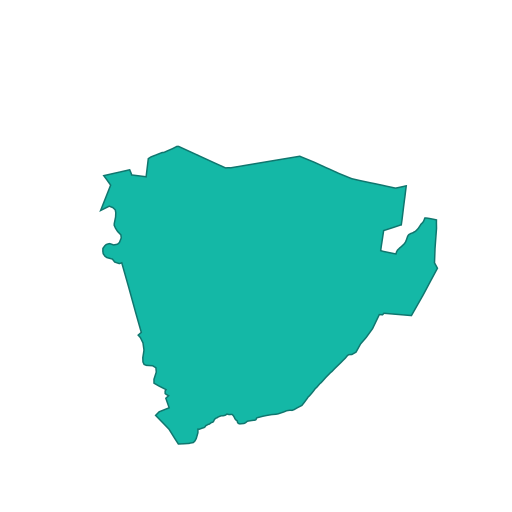 Frumuseni, Arad, Romania, rotated 237°
{"feature_id": "2599482B78271003832809", "entity_name": "Frumuseni", "entity_type": "district", "adm_level": 2, "iso_a3": "ROU", "parent_name": "Romania", "parent_adm1": "Arad", "projection": "mercator", "projection_center": [21.441, 46.085], "detail": "fine", "context": "isolated", "style": "filled", "palette": "teal", "viewbox_px": 512, "rotation_deg": 237, "n_neighbors": 0, "source": "geoboundaries", "source_scale": "gbopen_adm2", "svg_char_len": 3726}
<svg xmlns="http://www.w3.org/2000/svg" viewBox="0 0 512 512"><g transform="rotate(237 256 256)"><path d="M315.1,347.5L315.8,347.1L317.4,343.4L323.2,330.1L328.0,319.1L343.7,282.9L345.2,280.7L346.5,278.4L357.1,271.6L390.0,250.8L391.0,249.3L391.5,244.4L392.4,239.1L393.0,235.2L393.9,233.6L396.3,221.9L396.3,218.7L382.3,207.0L390.4,197.4L391.6,195.9L393.2,196.3L397.1,197.0L406.3,172.1L404.6,172.2L401.7,172.4L398.7,172.5L394.6,172.7L388.2,163.7L378.8,150.5L377.7,160.1L376.1,161.2L374.6,162.3L371.4,163.1L368.7,162.0L365.2,159.5L360.4,154.8L359.0,153.8L355.8,153.3L351.9,153.3L347.3,154.2L344.5,152.8L341.7,148.8L341.3,146.3L342.8,142.6L344.4,141.4L346.1,140.0L346.7,138.5L347.2,136.6L346.9,134.8L345.8,131.8L343.3,130.1L341.1,129.1L338.1,129.2L336.0,130.0L331.6,133.9L327.9,134.2L324.1,137.2L323.4,139.7L299.1,132.2L273.9,124.2L254.4,118.2L253.8,114.1L250.6,114.6L244.7,113.9L238.1,110.8L235.6,108.6L232.4,105.7L228.7,103.5L226.0,103.1L224.0,104.5L220.3,109.5L216.8,111.2L212.9,109.1L208.2,103.3L204.9,101.2L200.0,103.7L192.9,107.8L192.3,106.3L190.1,104.9L188.9,105.3L186.4,106.6L185.8,102.9L176.0,100.5L178.1,89.9L177.0,85.0L166.4,87.1L158.1,88.7L147.4,88.5L140.6,88.5L137.5,93.8L135.2,97.9L135.0,98.8L134.2,100.6L133.7,101.8L134.1,103.9L135.4,106.4L139.4,111.0L142.4,113.0L141.6,114.1L140.8,117.7L140.4,118.8L140.5,120.4L141.1,121.6L140.9,122.6L140.9,124.0L140.5,124.9L140.5,126.2L140.6,128.0L140.2,129.1L140.3,130.1L141.2,131.5L141.7,132.7L141.8,134.3L141.5,135.4L141.6,136.7L141.2,138.6L141.0,139.7L140.5,140.4L140.2,141.0L139.7,141.9L139.2,143.6L139.2,144.8L139.3,145.6L138.1,146.6L137.3,147.6L136.8,148.7L136.2,149.6L134.8,150.0L133.2,150.0L130.6,149.7L128.9,150.0L128.1,150.5L126.5,149.9L125.2,150.0L124.1,150.9L123.4,152.2L122.1,154.7L121.9,156.0L121.9,156.9L122.1,158.1L122.0,159.1L121.6,160.1L120.6,162.3L119.7,164.2L118.9,165.7L118.8,166.9L119.7,168.2L119.7,169.0L117.9,174.4L116.5,178.0L114.5,182.7L112.5,186.4L111.6,188.5L110.1,194.3L109.7,196.4L109.6,197.3L108.2,200.4L106.9,202.2L106.4,204.5L106.2,208.3L105.7,213.1L106.8,216.4L108.6,221.2L109.4,223.1L109.6,224.6L110.5,227.7L111.5,230.8L112.6,233.7L112.7,235.1L114.2,240.2L114.3,241.6L116.2,248.6L117.6,254.9L117.8,256.8L118.7,260.5L120.4,269.2L121.1,272.3L121.7,275.3L122.6,278.1L122.8,279.9L122.1,281.2L121.2,282.7L120.9,287.5L125.3,295.8L127.7,304.1L131.6,314.2L139.7,327.5L137.8,330.1L138.3,332.1L121.4,353.9L132.1,374.6L134.4,378.8L139.5,388.0L146.9,401.5L153.2,402.0L153.5,402.3L164.9,410.3L180.8,422.4L185.6,425.4L187.7,426.8L188.0,427.0L189.9,425.1L192.9,422.0L194.7,420.0L195.9,418.4L195.5,417.7L195.2,417.4L194.8,416.9L194.4,416.2L194.0,415.7L193.7,415.1L193.5,414.6L193.1,413.3L193.0,412.6L192.9,412.1L192.7,411.4L192.3,410.7L191.8,409.5L191.3,408.4L190.8,407.2L190.5,406.1L190.1,404.3L189.9,403.3L189.9,402.5L190.1,401.5L189.9,401.3L189.9,400.9L190.0,400.5L190.1,400.0L190.2,399.5L190.3,399.1L190.5,398.4L190.6,397.9L190.6,396.9L190.7,396.3L190.6,395.5L190.4,394.9L190.1,394.4L190.0,394.0L189.3,393.1L188.2,391.7L187.5,390.8L187.2,390.3L186.7,389.6L186.4,389.2L186.0,388.3L185.6,387.3L185.2,385.9L185.1,384.8L184.9,384.1L184.6,382.1L184.5,380.8L184.2,379.8L184.1,379.0L183.8,377.7L183.4,377.1L183.1,376.4L182.9,376.1L181.5,374.5L182.6,373.3L190.7,365.1L192.6,363.5L196.1,366.5L199.1,369.2L201.7,371.5L207.8,376.9L205.1,386.9L203.1,394.7L203.0,394.8L207.0,398.3L213.8,404.0L216.2,406.0L222.7,411.5L224.3,412.9L229.2,417.0L233.0,420.2L233.4,419.3L233.9,417.8L235.5,413.6L236.9,410.0L243.5,403.4L245.7,401.3L252.3,394.7L255.0,391.9L263.0,383.9L265.7,381.3L268.6,378.5L272.4,375.8L273.6,375.0L278.9,371.3L280.2,370.4L289.2,364.7L292.0,362.8L293.3,362.0L299.8,357.9L303.1,355.8L315.1,347.5Z" fill="#14b8a6" stroke="#0f766e" stroke-width="1.5"/></g></svg>